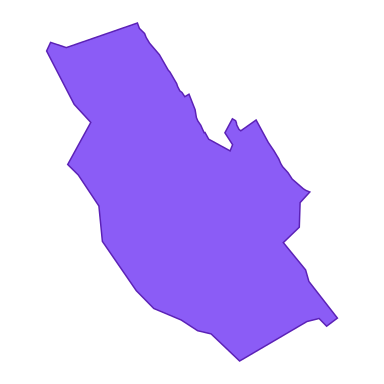 outline of Craig, Virginia, United States of America, rotated 90°
{"feature_id": "52423323B43550826235883", "entity_name": "Craig", "entity_type": "district", "adm_level": 2, "iso_a3": "USA", "parent_name": "United States of America", "parent_adm1": "Virginia", "projection": "orthographic", "projection_center": [-80.269, 37.488], "detail": "fine", "context": "isolated", "style": "filled", "palette": "violet", "viewbox_px": 384, "rotation_deg": 90, "n_neighbors": 0, "source": "geoboundaries", "source_scale": "gbopen_adm2", "svg_char_len": 943}
<svg xmlns="http://www.w3.org/2000/svg" viewBox="0 0 384 384"><g transform="rotate(90 192 192)"><path d="M192.0,74.2L190.4,78.1L188.7,80.8L179.1,91.8L172.8,95.9L166.6,101.5L163.5,103.3L159.0,105.2L150.9,110.0L142.5,115.7L120.0,127.9L130.8,143.2L129.4,145.0L124.9,147.3L122.8,147.6L120.7,148.4L118.8,151.6L132.8,159.1L144.7,151.4L150.9,153.9L139.2,175.3L132.5,179.0L132.8,179.8L129.2,181.5L125.3,183.2L120.9,186.2L117.6,187.6L109.7,188.9L94.2,195.0L96.7,199.2L92.5,202.0L90.8,204.2L86.5,206.4L83.7,207.3L72.0,214.1L70.1,215.8L54.7,224.6L43.1,234.5L37.4,237.9L33.5,239.4L28.4,244.6L23.0,246.6L47.6,317.7L42.4,333.4L51.0,337.4L104.4,309.8L122.4,293.2L164.5,316.3L175.0,305.7L206.0,285.1L241.4,281.6L290.7,247.7L308.5,230.2L320.0,202.8L330.7,186.4L333.9,172.9L361.0,144.4L321.5,77.0L318.5,64.9L326.2,57.4L318.1,46.6L281.5,75.1L269.9,78.4L242.6,100.7L227.2,84.7L202.6,83.9L192.0,74.2Z" fill="#8b5cf6" stroke="#5b21b6" stroke-width="1.5"/></g></svg>